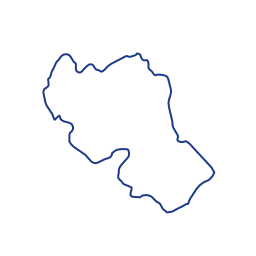 SVG path tracing the border of Kronoberg, rotated 240°
{"feature_id": "SWE-182", "entity_name": "Kronoberg", "entity_type": "County", "adm_level": 1, "iso_a3": "SWE", "parent_name": "Sweden", "parent_adm1": "", "projection": "albers", "projection_center": [14.682, 56.81], "detail": "fine", "context": "isolated", "style": "outline", "palette": "blue", "viewbox_px": 256, "rotation_deg": 240, "n_neighbors": 0, "source": "natural_earth", "source_scale": "10m", "svg_char_len": 2809}
<svg xmlns="http://www.w3.org/2000/svg" viewBox="0 0 256 256"><g transform="rotate(240 128 128)"><path d="M46.3,180.5L44.1,177.2L42.9,173.6L42.7,172.2L42.6,171.1L42.7,170.0L42.9,169.3L43.0,168.0L43.1,166.1L42.6,161.8L41.8,159.1L40.4,155.7L35.6,146.3L34.2,144.3L32.5,142.5L32.3,141.9L32.8,140.8L33.0,140.0L33.0,138.8L32.9,136.7L33.4,129.9L33.4,126.0L33.7,124.0L34.2,122.4L35.2,120.2L35.6,119.5L36.1,119.2L37.3,119.0L39.9,117.9L41.1,117.7L46.2,117.8L47.2,117.5L50.2,115.8L56.5,114.1L57.9,113.3L59.2,112.3L60.7,110.4L61.9,107.8L62.3,106.3L62.0,103.7L66.4,97.3L67.2,96.9L68.6,96.6L70.7,98.0L73.8,101.0L74.7,101.2L75.4,101.0L81.4,96.3L83.9,95.7L85.9,95.6L87.7,94.8L89.0,94.7L90.0,94.8L91.7,95.7L93.6,97.5L95.7,98.7L97.0,99.8L97.9,100.9L98.3,101.5L99.5,104.2L102.5,113.2L103.2,114.4L104.4,115.6L106.8,116.8L109.0,117.2L109.6,117.0L109.8,116.8L110.1,116.6L112.9,112.0L114.5,108.0L114.7,106.6L114.7,105.5L114.4,103.3L114.3,102.0L114.2,101.8L113.1,100.8L112.4,100.0L111.8,98.8L111.6,97.4L111.8,95.9L112.6,92.2L113.1,84.8L113.8,82.2L115.5,80.4L117.5,79.4L126.1,77.6L138.9,71.6L142.7,70.5L145.7,70.5L151.9,74.2L152.8,75.3L153.1,76.9L153.6,78.4L154.7,79.9L156.3,80.9L158.8,81.2L160.0,81.0L161.6,80.0L165.6,76.0L167.7,74.6L169.5,74.1L172.5,74.8L173.0,74.6L173.0,73.6L172.7,72.2L171.8,68.9L172.2,68.5L176.4,69.1L177.3,69.4L187.5,68.8L190.9,69.1L201.0,72.4L202.9,74.0L203.5,74.9L203.7,76.2L203.7,78.1L204.2,79.9L205.3,81.0L209.4,82.8L210.3,83.4L210.5,84.0L210.6,84.8L210.9,85.7L211.5,86.6L214.8,90.0L215.5,91.0L216.2,92.4L220.5,98.4L221.1,99.7L221.4,100.7L221.5,101.4L221.7,102.0L223.1,105.1L223.7,106.9L223.7,109.1L222.9,111.3L221.1,113.2L219.0,113.9L212.1,114.1L210.8,114.8L210.2,114.9L209.4,114.8L204.7,112.1L203.3,111.9L202.2,112.2L201.2,112.8L200.3,113.8L199.9,114.8L200.0,116.3L201.2,119.8L201.8,121.9L202.2,123.9L202.4,125.7L202.1,127.0L201.5,128.0L200.5,128.8L199.6,129.2L195.9,129.3L194.9,129.6L194.0,130.1L193.1,131.2L192.4,131.7L190.5,132.7L190.0,133.6L189.9,135.1L190.5,138.0L191.5,141.4L191.8,143.2L192.0,146.0L191.4,158.5L191.4,160.9L191.1,162.4L190.5,163.4L189.6,164.0L188.9,164.9L188.4,166.1L187.4,170.5L187.4,171.0L187.4,171.6L188.0,173.0L186.5,174.8L185.6,175.1L184.5,175.1L182.4,174.6L180.8,174.6L179.2,175.1L178.5,175.9L178.0,176.8L177.7,177.6L177.4,178.1L176.9,178.5L176.0,178.6L174.8,178.4L173.0,177.7L170.7,176.2L169.7,175.8L168.3,175.8L164.8,177.0L161.5,177.2L160.7,177.5L160.1,178.0L159.9,178.8L159.6,179.8L159.1,181.0L156.5,184.7L154.0,187.0L152.4,187.5L150.5,187.4L139.5,184.3L137.6,183.2L134.9,180.8L132.0,177.7L129.7,175.7L125.5,173.9L111.7,169.7L107.8,167.9L105.5,167.4L96.7,167.4L95.5,167.1L93.8,165.3L92.7,164.8L91.6,164.9L90.3,165.9L89.2,167.1L88.6,168.1L88.3,168.9L87.9,170.7L87.5,171.6L86.1,172.4L83.8,173.4L52.0,180.6L46.3,180.5Z" fill="none" stroke="#1e3a8a" stroke-width="2"/></g></svg>